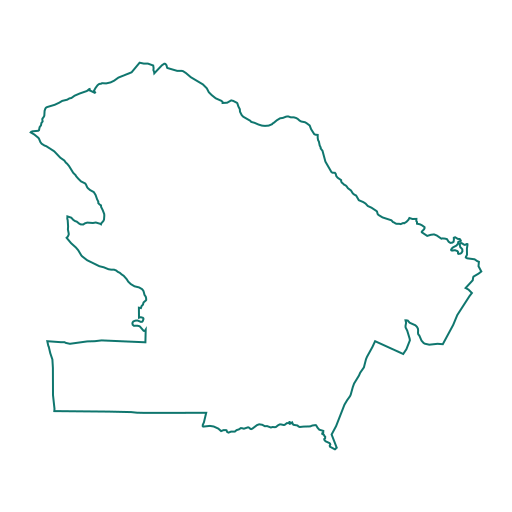 Cocorastii Mislii, Prahova, Romania (Natural Earth projection)
{"feature_id": "2599482B78441149052193", "entity_name": "Cocorastii Mislii", "entity_type": "district", "adm_level": 2, "iso_a3": "ROU", "parent_name": "Romania", "parent_adm1": "Prahova", "projection": "natural_earth1", "projection_center": [25.918, 45.09], "detail": "fine", "context": "isolated", "style": "outline", "palette": "teal", "viewbox_px": 512, "rotation_deg": 0, "n_neighbors": 0, "source": "geoboundaries", "source_scale": "gbopen_adm2", "svg_char_len": 5966}
<svg xmlns="http://www.w3.org/2000/svg" viewBox="0 0 512 512"><path d="M336.7,447.7L331.6,434.5L336.1,426.1L344.5,404.6L347.2,400.1L350.0,396.2L350.7,394.7L352.8,387.1L354.1,383.5L359.0,375.5L360.2,372.7L363.9,367.4L366.0,359.2L367.0,356.8L372.4,347.0L375.1,341.2L403.2,354.0L406.4,349.2L409.9,340.3L409.6,338.5L407.2,330.6L405.6,327.5L405.5,326.0L406.1,322.8L405.5,320.3L406.2,320.3L407.8,320.6L409.6,322.7L415.4,325.3L416.9,326.8L417.9,328.6L418.1,330.2L418.0,333.0L418.3,334.4L419.3,335.5L421.5,340.6L423.6,343.0L424.8,343.7L429.3,344.7L437.6,343.8L442.8,344.2L453.2,324.9L457.3,315.0L469.5,296.1L471.9,293.0L468.5,289.6L465.6,288.0L472.7,280.3L473.2,277.3L473.5,276.6L478.6,273.6L481.3,271.5L478.5,266.2L478.9,261.8L477.2,261.1L474.6,259.3L467.1,258.3L465.8,257.5L466.0,256.5L466.5,255.9L467.0,254.6L466.9,248.6L467.5,244.8L467.4,244.1L466.8,244.0L464.9,244.9L464.1,244.7L461.6,243.1L460.2,243.5L459.9,243.9L459.7,244.9L460.4,247.4L461.3,248.1L462.3,249.3L462.4,251.4L461.4,253.0L460.4,253.6L458.4,253.9L458.0,253.3L458.0,251.9L457.4,251.1L455.0,250.2L452.0,250.6L451.3,250.3L451.1,249.8L451.8,248.5L453.1,247.3L456.4,245.6L457.9,243.8L458.1,243.3L458.2,242.1L458.6,241.7L460.6,241.2L460.8,240.5L459.7,239.0L457.8,238.9L455.2,237.3L454.3,237.5L453.8,237.8L453.9,239.6L453.6,241.7L452.4,242.6L450.4,242.9L448.7,241.8L446.9,239.1L444.9,238.6L442.3,238.4L441.4,238.7L436.8,235.5L434.0,234.4L430.8,234.8L427.2,235.9L421.8,232.3L421.8,231.6L424.1,229.2L424.6,228.0L424.5,227.1L421.8,225.2L419.9,224.3L417.0,223.7L417.0,222.0L416.3,221.0L416.4,218.9L412.5,219.0L409.4,218.0L408.5,219.7L406.5,221.8L404.1,223.3L403.2,223.0L400.7,224.1L399.2,223.8L396.6,223.8L395.6,223.5L394.1,222.5L393.0,222.1L391.4,220.3L382.5,217.4L378.4,214.9L377.6,213.9L377.0,211.5L376.3,210.9L371.5,207.7L367.8,206.0L365.6,203.6L363.3,202.1L358.8,200.2L356.1,195.5L354.4,194.7L352.8,193.4L351.0,190.5L347.9,188.2L346.6,186.3L345.6,185.4L343.8,184.5L343.4,183.9L341.7,182.5L341.2,181.4L341.1,180.1L337.6,177.7L336.3,176.1L335.7,173.8L334.9,172.8L332.4,172.7L331.4,172.0L325.4,161.6L322.5,150.8L320.7,148.5L320.7,147.5L319.7,145.5L318.9,141.6L318.1,140.2L317.7,137.9L317.7,134.9L315.4,134.7L314.2,134.1L311.1,129.2L309.7,125.5L306.5,123.1L304.9,122.2L301.2,121.5L299.6,120.6L297.7,118.9L296.1,118.0L293.7,117.3L290.7,117.3L288.1,116.4L286.2,116.6L282.9,117.9L280.1,118.3L276.8,120.3L273.8,122.8L272.6,123.5L272.1,124.2L268.7,125.6L265.0,125.9L261.9,125.6L258.4,124.5L254.5,122.8L251.2,121.9L250.3,120.8L243.2,116.7L241.7,115.1L240.0,111.7L239.8,109.2L238.4,106.5L237.3,103.2L236.9,102.8L233.2,100.9L231.2,100.4L227.2,102.7L222.6,103.0L222.6,102.0L221.5,100.9L215.7,98.3L211.7,95.1L208.8,92.2L206.8,88.3L206.1,87.6L202.9,84.4L190.8,77.2L186.0,73.1L183.1,71.2L181.9,70.9L177.3,70.9L167.4,68.0L167.1,67.7L166.5,65.3L165.4,63.9L164.3,63.7L161.9,65.3L154.3,73.3L154.1,71.8L153.4,70.1L153.6,68.0L153.2,65.5L147.9,63.6L143.8,63.6L139.6,62.7L131.6,72.3L118.4,77.6L114.1,80.7L110.6,82.4L106.2,83.4L102.0,83.2L100.9,83.8L99.9,83.8L98.8,84.2L97.5,85.3L95.5,88.0L94.0,90.7L95.1,92.5L94.7,92.8L90.0,90.5L89.0,90.3L89.1,89.7L89.7,89.4L89.6,89.0L89.2,89.1L86.9,91.0L79.7,93.5L74.6,95.7L71.4,98.0L69.4,98.4L67.2,99.7L62.2,100.9L59.2,102.7L54.7,104.8L47.0,107.1L46.0,107.7L45.4,108.5L44.6,110.8L44.3,115.7L43.8,116.8L42.4,118.7L42.3,119.3L42.6,121.5L41.4,123.0L41.0,125.3L39.6,127.2L39.0,130.2L38.1,130.8L32.6,131.3L31.2,131.8L30.7,132.4L34.3,134.5L38.2,137.7L38.9,138.5L40.4,142.1L41.6,143.7L44.4,145.5L46.3,146.2L54.2,151.3L60.3,157.7L64.3,160.5L65.8,162.6L67.1,163.7L69.0,166.0L73.2,172.8L75.7,175.3L76.1,176.2L78.2,178.6L81.0,181.4L85.1,183.4L85.9,184.4L87.2,187.3L87.9,188.2L90.0,190.0L93.8,192.1L95.6,195.0L97.1,199.3L98.3,201.6L98.3,203.1L99.7,204.6L101.0,205.4L101.1,206.9L102.7,210.1L104.2,214.0L104.3,215.8L104.0,219.6L103.3,221.1L101.3,223.3L101.0,224.3L100.2,223.8L95.8,222.5L92.9,223.0L87.3,222.6L85.0,223.3L83.2,224.5L80.7,224.4L79.3,223.7L76.7,221.6L75.1,221.1L73.3,219.9L71.3,217.7L67.4,216.4L67.3,218.8L67.7,220.2L68.1,226.5L67.9,229.5L68.7,233.5L68.7,234.6L67.8,236.6L66.6,237.8L71.1,243.2L75.9,247.5L78.2,250.2L81.3,255.4L82.1,256.3L87.1,260.2L99.3,266.2L103.8,267.3L108.4,269.2L111.4,269.7L114.1,269.7L116.0,270.4L117.9,271.9L119.8,272.8L121.6,274.4L123.7,275.8L126.7,279.2L128.2,281.6L130.8,284.1L134.5,286.3L139.0,287.4L142.0,289.1L143.3,290.7L143.8,292.1L144.5,294.9L145.7,296.6L146.1,298.1L146.2,299.9L145.9,300.4L143.7,302.3L143.3,303.1L143.0,304.6L141.6,306.0L140.9,308.1L138.9,307.7L139.0,317.7L140.8,317.2L142.9,317.8L143.4,318.4L143.4,319.3L142.7,321.1L142.2,321.7L140.9,321.9L137.6,320.5L135.5,320.6L133.4,321.4L132.7,322.3L132.4,323.2L132.7,324.8L133.9,325.8L137.2,325.7L139.1,326.1L139.9,326.5L143.6,330.8L144.8,331.0L145.7,329.6L145.4,342.3L101.6,340.4L94.8,341.2L87.3,341.4L69.9,343.8L65.8,342.9L64.5,342.2L60.9,342.2L47.3,341.2L48.3,345.9L48.7,346.5L50.3,353.3L52.4,359.5L52.9,368.0L53.0,395.1L54.5,408.9L54.3,411.1L108.7,411.6L131.3,412.1L136.9,412.7L145.2,412.9L206.2,412.8L203.9,422.4L202.8,424.8L202.7,426.1L203.2,426.6L209.9,425.9L213.7,426.5L218.3,428.6L221.1,431.1L223.6,430.1L225.9,430.1L226.5,430.3L227.2,432.0L228.5,432.6L231.1,431.6L234.8,431.6L236.6,430.1L238.9,429.4L240.8,428.1L242.0,428.2L243.9,428.7L248.1,427.3L249.3,427.8L250.4,428.9L251.2,429.1L252.4,428.6L257.0,425.1L259.2,424.3L262.3,424.8L264.8,426.2L267.1,426.1L270.9,427.5L272.6,427.0L274.8,427.2L275.9,427.0L278.2,425.2L279.8,424.4L280.9,424.4L283.6,425.0L284.6,424.9L286.9,423.1L288.9,423.1L289.4,422.0L289.7,422.0L290.3,422.6L290.1,423.7L290.7,423.6L292.1,422.4L293.1,424.5L293.5,424.8L297.5,425.5L298.5,426.5L299.8,427.0L303.4,426.6L310.2,426.4L312.4,425.5L315.4,425.1L316.1,425.3L317.6,427.8L319.3,429.7L323.3,430.9L323.2,433.0L322.4,433.1L322.2,433.8L324.0,435.0L324.5,436.1L325.2,436.7L325.1,438.3L324.2,439.1L324.5,440.1L325.6,441.3L329.3,443.0L330.0,443.6L330.3,444.5L329.7,445.8L330.0,446.7L334.8,449.3L335.3,449.2L336.2,448.0L336.7,447.7Z" fill="none" stroke="#0f766e" stroke-width="2"/></svg>